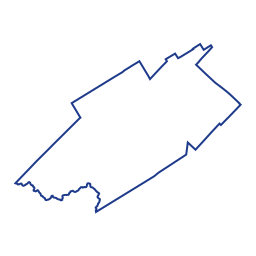 Navarro, Buenos Aires, Argentina
{"feature_id": "61730980B73651998783154", "entity_name": "Navarro", "entity_type": "district", "adm_level": 2, "iso_a3": "ARG", "parent_name": "Argentina", "parent_adm1": "Buenos Aires", "projection": "mercator", "projection_center": [-59.615, -35.025], "detail": "fine", "context": "isolated", "style": "outline", "palette": "blue", "viewbox_px": 256, "rotation_deg": 0, "n_neighbors": 0, "source": "geoboundaries", "source_scale": "gbopen_adm2", "svg_char_len": 4971}
<svg xmlns="http://www.w3.org/2000/svg" viewBox="0 0 256 256"><path d="M122.2,72.3L119.1,74.1L113.3,77.6L71.7,103.1L72.3,104.2L80.4,117.7L79.5,118.4L51.7,146.0L50.9,146.9L37.0,160.7L19.0,179.5L15.4,183.3L15.6,183.4L16.0,183.4L16.4,183.5L16.9,183.6L17.2,183.7L17.4,184.1L17.8,184.4L18.1,184.4L18.4,184.2L18.9,184.4L19.2,184.3L19.7,184.1L19.9,183.9L20.4,183.7L20.7,183.6L21.1,183.5L21.5,183.7L21.7,183.9L21.8,184.2L22.0,184.6L22.2,185.1L22.6,185.4L23.0,185.7L23.5,185.8L24.3,185.5L24.6,185.3L25.0,185.1L25.3,184.8L25.6,184.8L26.0,184.5L26.2,184.2L26.5,184.0L27.0,183.8L27.4,183.6L27.7,183.3L28.0,183.0L28.3,182.5L28.6,182.3L29.1,182.1L29.4,182.1L29.7,182.3L29.9,182.5L30.1,182.8L30.2,183.2L30.4,183.6L30.6,184.0L30.8,184.5L31.1,184.9L31.5,185.2L31.9,185.2L32.6,185.3L32.8,185.5L33.0,186.0L33.1,186.5L33.3,186.8L33.8,187.0L34.1,187.3L34.3,187.6L34.4,188.1L34.4,188.4L34.3,188.7L34.1,189.2L33.9,189.5L33.8,189.8L33.6,190.1L33.6,190.6L33.8,190.8L34.1,190.9L34.7,191.0L35.2,191.2L35.5,191.3L35.9,191.3L36.1,191.1L36.5,191.0L36.8,190.7L37.1,190.4L37.4,190.2L37.7,190.3L38.0,190.4L38.3,190.8L38.5,191.2L38.7,191.4L38.9,191.8L39.0,192.1L39.2,192.4L39.5,192.7L39.8,193.0L40.2,193.3L40.5,193.7L40.6,194.0L40.7,194.3L40.7,194.7L40.8,195.0L41.0,195.4L41.2,195.7L41.3,195.8L41.7,195.9L42.1,196.0L42.5,196.1L42.7,196.4L42.9,196.7L43.1,197.0L43.4,197.4L43.8,197.6L44.3,197.8L44.6,198.0L44.9,198.3L45.0,198.6L45.1,199.0L45.3,199.5L45.5,199.8L45.7,200.0L46.2,200.1L46.6,200.1L47.1,199.9L47.5,199.7L47.9,199.6L48.5,199.6L48.7,199.4L49.0,199.2L49.4,199.0L49.9,198.7L50.2,198.5L50.5,198.3L50.7,198.0L50.8,197.7L50.9,197.4L51.0,197.1L51.4,196.6L51.5,196.2L51.8,196.0L52.0,195.8L52.4,195.8L52.7,195.8L52.8,196.1L52.9,196.5L53.0,196.9L53.2,197.2L53.6,197.4L54.2,197.6L54.6,197.6L54.9,197.7L55.4,197.8L55.9,197.8L56.1,197.9L56.4,198.2L56.6,198.3L56.8,198.6L57.1,198.7L57.4,198.8L57.7,199.1L58.1,199.2L58.4,199.2L58.6,199.3L58.9,199.4L59.1,199.5L59.5,199.6L60.0,199.6L60.3,199.8L60.6,200.2L60.9,200.3L61.2,200.3L61.6,200.2L61.8,200.1L62.0,200.0L62.2,199.9L62.2,199.5L62.2,199.3L62.2,198.9L62.4,198.7L62.6,198.4L62.7,198.1L62.7,197.8L62.7,197.6L62.7,197.4L62.6,197.1L62.5,196.9L62.5,196.7L62.4,196.4L62.4,196.1L62.5,195.9L62.6,195.7L62.8,195.5L62.9,195.4L63.1,195.3L63.5,195.2L63.8,195.2L64.1,195.1L64.5,195.0L64.8,195.0L65.3,194.9L65.6,194.9L66.0,194.9L66.4,195.0L66.7,194.9L67.0,194.9L67.5,194.9L67.8,194.9L68.1,194.9L68.4,194.8L68.6,194.7L68.8,194.5L68.9,194.2L69.0,193.9L69.0,193.7L69.1,193.4L69.2,193.2L69.4,193.0L69.5,192.8L69.8,192.7L70.2,192.4L70.3,192.2L70.4,191.7L70.5,191.4L70.9,191.2L71.3,191.2L71.7,191.1L72.2,190.9L72.5,190.8L72.9,190.8L73.1,191.0L73.5,191.3L73.7,191.5L74.0,191.7L74.5,191.9L74.9,191.9L75.3,191.9L75.6,191.9L75.9,191.8L76.2,191.6L76.6,191.2L77.0,191.0L77.3,190.9L77.7,190.8L78.0,190.6L78.3,190.4L78.5,190.1L78.7,189.8L78.8,189.4L79.0,189.1L79.4,188.8L79.7,188.6L79.9,188.4L80.0,188.2L80.3,187.8L80.6,187.5L81.0,187.2L81.3,187.1L81.5,187.1L81.8,187.2L82.0,187.4L82.3,187.5L82.6,187.5L82.9,187.4L83.1,187.2L83.3,187.3L83.7,187.4L83.9,187.3L84.2,187.1L84.5,187.0L84.8,187.1L85.2,187.2L85.5,187.2L85.9,187.1L86.2,187.0L86.5,186.7L86.6,186.4L86.7,186.1L86.8,185.8L86.9,185.4L86.9,185.0L87.0,184.7L87.1,184.3L87.3,184.0L87.4,183.7L87.7,183.4L88.1,183.4L88.3,183.3L88.5,183.4L88.9,183.4L89.1,183.4L89.6,183.6L89.9,183.7L90.2,184.0L90.3,184.5L90.3,184.8L90.3,185.2L90.2,185.6L90.2,185.8L90.4,186.2L90.5,186.5L90.6,186.8L90.9,187.1L91.3,187.2L91.6,187.2L91.9,187.3L92.2,187.4L92.5,187.5L92.9,187.8L93.2,188.0L93.6,188.4L94.0,188.6L94.2,188.8L94.5,189.2L94.9,189.4L95.2,189.6L95.3,189.9L95.5,190.3L95.7,190.5L95.9,190.7L96.1,191.0L96.4,191.2L96.6,191.4L96.7,191.6L96.9,191.7L97.0,191.9L97.2,192.1L97.5,192.2L97.7,192.3L98.0,192.6L98.3,192.7L98.5,192.8L98.8,193.1L99.1,193.4L99.1,193.7L99.0,194.0L98.8,194.2L98.6,194.5L98.5,194.8L98.3,195.2L98.2,195.4L98.0,195.7L97.8,196.1L97.6,196.4L97.5,196.7L97.6,197.1L97.8,197.4L98.0,197.7L98.2,198.0L98.4,198.1L98.6,198.3L98.9,198.5L99.1,198.7L99.4,198.8L99.7,199.0L99.9,199.4L99.9,199.6L99.9,200.0L99.8,200.3L99.6,200.6L99.5,200.9L99.5,201.0L99.5,201.3L99.4,201.7L99.2,202.1L99.0,202.5L98.8,202.9L98.5,203.2L98.1,203.5L97.9,204.1L97.9,204.6L97.7,205.0L97.5,205.5L97.4,205.8L97.1,206.2L96.8,206.4L96.4,206.7L96.2,207.0L95.7,207.5L95.7,207.8L96.0,208.0L96.3,208.3L96.3,208.6L96.4,209.0L96.4,209.3L96.2,209.7L95.9,210.2L95.8,210.5L95.8,210.8L95.9,211.1L96.0,211.4L96.1,211.7L96.1,211.9L116.3,199.5L154.1,176.3L158.5,172.7L186.2,154.6L187.8,142.5L195.5,149.7L203.5,141.0L211.2,132.5L219.5,123.6L220.9,125.0L224.6,121.2L228.9,116.9L240.6,104.7L239.3,103.5L239.4,103.3L229.7,94.1L227.1,91.9L222.6,88.3L215.3,82.8L206.7,74.8L196.1,64.7L198.9,61.7L200.0,60.3L202.3,57.7L208.3,51.4L212.1,47.2L210.9,45.3L203.7,49.8L200.1,44.1L192.9,48.7L193.2,49.2L180.9,56.7L178.1,58.2L175.1,53.6L165.7,59.2L166.9,61.3L161.3,67.0L150.0,79.1L148.5,76.3L145.3,71.0L139.4,61.2L132.0,65.7L124.6,70.3L122.2,72.3Z" fill="none" stroke="#1e3a8a" stroke-width="2"/></svg>